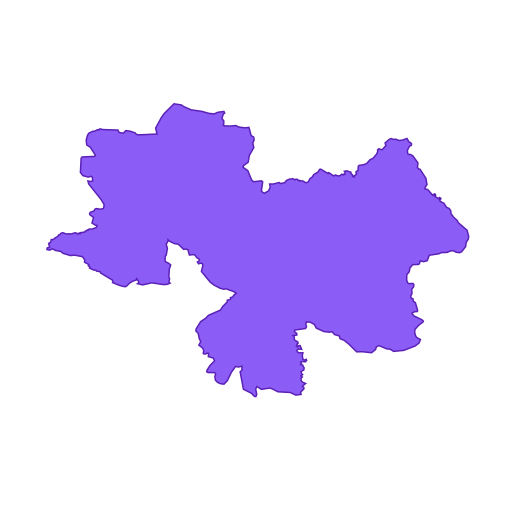 Poko, Orientale, Democratic Republic of the Congo, rotated 98°
{"feature_id": "63176286B68044599971787", "entity_name": "Poko", "entity_type": "district", "adm_level": 2, "iso_a3": "COD", "parent_name": "Democratic Republic of the Congo", "parent_adm1": "Orientale", "projection": "robinson", "projection_center": [26.825, 2.983], "detail": "fine", "context": "isolated", "style": "filled", "palette": "violet", "viewbox_px": 512, "rotation_deg": 98, "n_neighbors": 0, "source": "geoboundaries", "source_scale": "gbopen_adm2", "svg_char_len": 6096}
<svg xmlns="http://www.w3.org/2000/svg" viewBox="0 0 512 512"><g transform="rotate(98 256 256)"><path d="M121.8,120.4L118.6,122.8L121.0,127.5L121.7,130.5L120.9,133.8L121.4,136.4L120.9,138.3L121.7,140.1L126.1,143.9L128.7,142.8L132.8,145.6L133.3,146.9L132.7,149.2L133.9,150.4L135.6,150.0L138.2,150.7L143.0,153.7L144.9,156.6L148.9,159.2L150.6,162.1L151.9,166.5L153.0,167.2L157.4,166.9L158.2,168.5L159.7,168.6L160.4,167.8L161.9,168.6L163.1,170.3L164.0,169.8L163.7,171.5L162.0,171.9L161.4,173.2L159.8,173.7L159.0,177.9L159.8,180.3L160.7,179.5L162.8,179.3L162.7,180.4L163.5,180.6L163.1,182.6L164.7,183.7L165.3,186.0L164.7,188.6L165.9,190.2L163.4,195.3L163.4,195.9L164.3,196.1L161.0,204.0L161.4,205.1L164.1,206.2L167.5,210.3L169.9,211.2L171.7,213.2L175.2,214.5L176.0,215.6L176.5,217.0L175.1,220.3L175.5,222.3L175.0,223.1L175.7,223.7L174.3,225.8L174.5,227.4L175.2,228.0L174.3,230.3L175.3,233.7L176.9,236.3L179.5,237.9L180.9,242.1L180.0,243.2L182.3,248.9L182.8,252.5L185.9,251.5L189.7,252.6L192.6,256.3L192.0,258.4L190.8,259.7L181.7,259.7L180.8,261.0L182.8,268.8L181.2,271.0L172.6,276.0L170.0,281.1L168.4,281.1L164.2,276.8L157.3,276.6L149.0,273.3L144.4,274.9L141.5,274.0L139.5,274.5L138.5,274.9L137.4,277.6L129.6,280.9L130.6,284.5L130.7,289.4L130.5,291.7L129.6,294.0L131.0,300.1L131.5,305.6L130.8,306.8L129.7,306.3L126.7,306.7L124.5,308.9L119.9,308.1L118.9,306.9L117.3,307.9L119.0,313.8L121.1,317.2L121.3,322.6L120.3,329.8L120.3,340.6L118.0,348.6L116.8,350.9L116.7,358.4L127.5,366.6L132.1,369.0L143.3,373.2L149.0,371.0L152.3,388.7L152.3,391.2L150.8,393.0L149.9,398.3L149.9,402.3L152.7,404.4L152.9,407.1L152.5,409.0L150.5,410.2L152.1,425.2L151.8,428.0L152.2,428.8L153.1,428.8L153.0,430.6L155.0,433.3L155.0,434.6L157.5,438.5L159.7,439.6L164.8,440.3L169.6,439.1L171.4,435.2L178.5,429.1L179.8,429.6L182.1,441.9L183.5,442.8L197.7,441.5L200.5,438.7L201.2,433.2L200.0,430.1L200.9,429.0L204.4,428.1L205.2,430.1L205.1,432.9L207.9,431.7L221.5,417.4L226.1,413.6L229.3,413.5L230.3,413.9L231.3,416.5L231.3,421.0L232.3,422.2L233.8,422.5L235.9,426.3L237.3,426.7L238.4,426.1L240.4,422.2L246.2,423.0L247.8,419.4L247.9,417.6L250.1,418.2L252.2,422.3L252.5,425.0L253.7,425.6L253.6,426.7L254.6,427.2L255.2,428.7L256.1,428.8L257.4,433.4L258.3,433.1L258.5,433.8L258.2,435.1L258.8,435.2L259.0,436.1L258.0,437.9L260.2,442.9L259.9,443.7L260.6,446.8L259.8,450.7L260.8,452.5L262.4,453.2L262.6,454.4L264.2,455.0L266.5,458.0L267.9,458.7L268.2,461.1L270.9,461.2L272.4,463.1L276.0,461.6L277.1,463.9L278.7,463.9L278.9,461.1L277.2,458.6L278.4,455.4L278.6,450.0L280.2,447.5L281.4,439.7L280.4,435.8L280.8,427.8L283.7,425.0L286.0,425.0L287.7,420.4L289.0,420.7L289.7,419.2L291.1,419.2L292.4,415.2L292.4,412.7L293.2,411.6L293.2,408.3L294.5,407.4L299.8,394.9L301.2,394.1L302.3,394.3L304.2,386.7L304.7,381.9L304.2,380.3L300.3,377.3L298.0,374.4L296.5,371.3L295.1,371.0L297.7,368.6L298.8,368.5L299.9,369.5L300.4,364.2L297.1,355.5L297.2,343.6L296.4,339.8L294.8,337.3L293.9,338.6L290.4,338.4L288.9,339.4L280.8,340.0L276.8,339.2L275.5,341.1L274.2,344.9L273.4,345.3L269.2,345.9L267.5,345.0L260.7,344.8L256.8,346.6L253.6,345.1L252.2,345.4L253.9,342.4L255.1,338.2L255.1,334.6L259.5,328.6L258.9,327.0L259.2,324.3L264.3,322.1L263.3,317.9L263.6,316.6L265.8,314.5L267.2,311.6L268.7,311.6L270.1,313.2L271.7,311.8L270.8,309.7L271.0,308.1L272.8,307.3L278.9,307.9L288.2,297.8L290.7,293.4L293.0,286.8L293.4,283.1L292.6,281.3L294.3,273.3L295.6,270.4L298.1,272.7L299.8,273.3L300.8,275.5L302.1,275.1L302.9,275.9L303.7,278.3L305.6,278.1L310.3,281.7L314.5,283.7L321.4,294.9L324.6,297.1L328.7,301.7L336.7,305.2L338.6,305.1L340.6,302.5L345.7,300.7L348.5,298.8L352.2,300.2L354.7,295.9L356.9,294.6L359.8,294.7L360.2,294.3L360.0,292.1L359.0,290.9L359.0,289.4L362.3,289.2L363.0,284.1L365.5,282.4L370.8,286.3L375.8,288.6L377.5,288.7L378.1,287.3L377.2,280.6L378.6,279.5L380.8,280.0L384.5,279.0L386.5,276.5L387.4,273.4L387.4,269.9L383.4,267.0L374.6,264.2L368.2,260.8L368.4,258.1L367.1,254.6L371.1,254.1L372.9,255.6L389.7,249.9L392.6,241.3L395.2,238.1L395.3,236.6L393.0,236.0L387.8,237.8L385.1,237.0L387.3,232.1L384.9,224.2L385.3,221.3L387.4,215.4L386.4,203.1L388.2,197.2L386.8,192.1L384.7,192.9L381.0,190.1L379.5,190.3L378.8,191.9L378.3,191.8L375.3,189.1L374.6,192.0L373.3,193.9L370.4,194.4L369.4,193.3L368.4,194.8L367.0,193.3L365.7,194.8L364.1,195.2L362.2,192.8L360.1,192.8L357.5,194.6L357.3,196.6L356.1,196.0L354.9,197.0L354.1,195.6L353.9,192.3L352.4,191.3L351.3,192.0L352.4,193.6L351.5,195.3L348.0,196.3L345.3,196.1L345.9,199.8L345.1,202.0L343.4,202.4L342.2,201.1L342.1,197.8L338.6,199.8L338.7,201.0L340.1,201.9L339.9,203.4L338.2,202.8L337.4,203.2L336.6,202.2L335.2,202.7L334.1,205.6L333.1,206.7L331.0,206.7L329.6,208.3L328.6,204.6L327.0,204.9L325.5,207.5L323.9,207.2L320.9,196.9L319.2,196.1L316.6,197.2L314.4,197.1L313.9,193.3L315.7,188.6L319.0,186.3L321.4,178.1L321.2,172.6L320.4,170.1L322.9,167.3L323.5,162.5L326.2,161.2L327.2,157.0L330.4,151.7L336.9,143.0L336.0,137.5L335.7,128.1L332.0,124.6L329.3,124.2L327.6,121.8L329.8,113.5L329.6,110.2L331.3,106.5L328.9,96.6L323.0,85.9L319.6,82.5L315.8,81.5L314.4,85.4L313.1,86.7L309.7,88.2L306.6,88.4L301.5,84.9L298.1,81.4L297.2,81.2L296.1,82.7L293.3,91.3L291.3,93.4L290.4,93.3L289.1,91.1L288.5,88.5L287.0,88.5L280.0,91.7L278.8,94.0L276.5,94.6L276.2,96.3L274.3,97.3L271.5,96.3L267.1,97.2L264.9,95.7L262.3,95.7L261.3,96.9L262.1,100.8L261.7,101.8L259.1,103.4L253.7,104.1L250.3,102.1L246.4,101.9L242.8,99.6L241.7,93.9L241.0,93.2L237.9,92.6L238.3,89.2L236.8,85.8L231.1,84.5L228.4,75.3L226.9,73.1L225.8,67.1L224.1,64.5L223.3,61.5L224.4,58.4L224.4,54.8L223.1,52.9L217.5,49.7L213.4,49.8L209.7,48.1L206.7,48.2L201.1,50.6L194.8,60.4L193.1,61.4L189.9,65.9L186.6,69.0L184.3,69.3L182.1,71.2L181.2,74.2L177.7,77.1L176.2,81.2L175.4,81.7L173.4,80.9L172.8,81.7L172.4,83.2L173.5,81.3L174.4,81.9L171.7,87.9L170.7,88.2L170.8,86.7L170.0,86.9L169.6,87.7L171.1,89.6L166.3,95.2L166.0,98.1L164.5,98.1L161.5,96.6L155.5,98.5L147.3,105.6L147.2,106.8L146.2,108.4L141.3,108.6L134.9,114.7L134.0,117.1L134.1,119.1L133.5,120.0L130.3,120.8L126.0,119.3L124.8,117.6L123.4,117.5L122.2,118.8L121.8,120.4Z" fill="#8b5cf6" stroke="#5b21b6" stroke-width="1.5"/></g></svg>